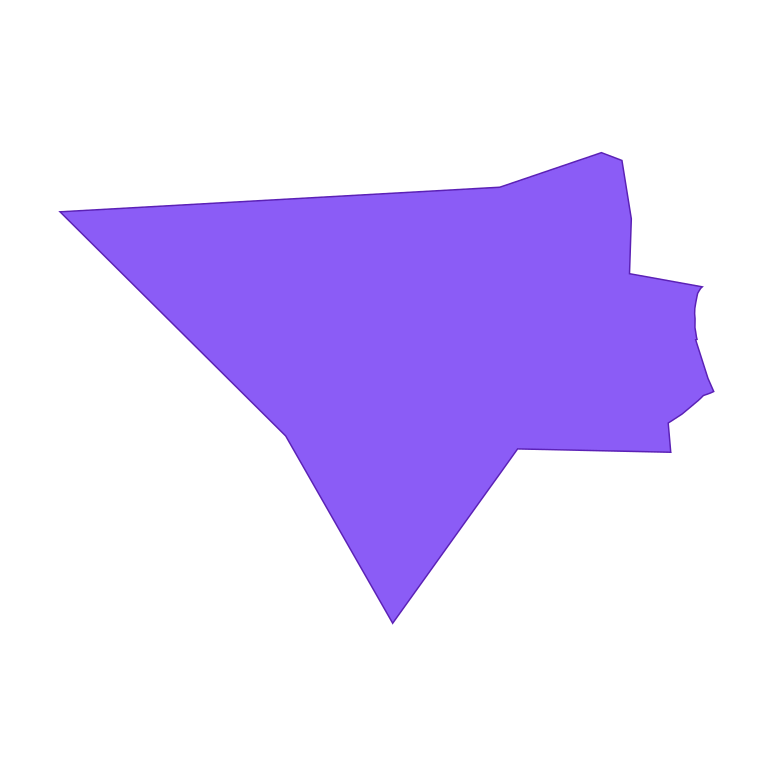 Al-Hammam, Matruh, Egypt (Natural Earth projection), rotated 92°
{"feature_id": "37247803B30384422366927", "entity_name": "Al-Hammam", "entity_type": "district", "adm_level": 2, "iso_a3": "EGY", "parent_name": "Egypt", "parent_adm1": "Matruh", "projection": "natural_earth1", "projection_center": [29.325, 29.822], "detail": "fine", "context": "isolated", "style": "filled", "palette": "violet", "viewbox_px": 768, "rotation_deg": 92, "n_neighbors": 0, "source": "geoboundaries", "source_scale": "gbopen_adm2", "svg_char_len": 860}
<svg xmlns="http://www.w3.org/2000/svg" viewBox="0 0 768 768"><g transform="rotate(92 384 384)"><path d="M442.2,95.0L441.8,95.1L413.1,98.6L403.5,84.9L403.4,84.8L400.7,81.8L391.8,71.9L389.8,69.7L389.7,69.5L388.4,68.3L387.7,67.5L385.1,65.1L384.3,64.3L384.3,64.2L383.5,62.2L382.8,60.3L382.7,60.2L382.4,59.3L382.2,58.9L381.7,57.6L380.0,54.2L369.6,59.2L367.7,60.1L367.4,60.3L328.9,74.1L328.5,72.7L326.0,73.4L320.7,74.4L316.8,75.2L308.0,75.4L302.9,76.0L297.6,76.0L292.1,75.3L285.2,74.2L283.0,73.8L282.5,73.7L282.1,73.5L280.2,72.5L277.4,70.9L275.8,69.3L265.2,142.5L210.3,142.6L152.3,154.0L145.2,174.8L183.3,275.2L223.2,713.8L231.2,705.2L439.4,480.4L501.0,442.3L549.7,412.2L622.6,367.1L622.8,367.0L505.2,288.8L483.9,274.6L470.6,265.7L444.5,248.4L444.2,248.2L444.2,247.3L444.2,246.9L442.2,95.0L442.2,95.0Z" fill="#8b5cf6" stroke="#5b21b6" stroke-width="1.5"/></g></svg>